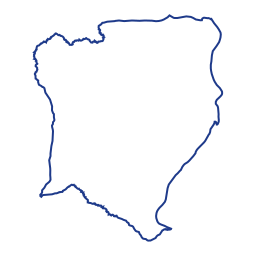 outline of Thala Barivat, Stœng Trêng, Cambodia
{"feature_id": "14789045B9277653142269", "entity_name": "Thala Barivat", "entity_type": "district", "adm_level": 2, "iso_a3": "KHM", "parent_name": "Cambodia", "parent_adm1": "Stœng Trêng", "projection": "albers", "projection_center": [105.709, 13.631], "detail": "fine", "context": "isolated", "style": "outline", "palette": "blue", "viewbox_px": 256, "rotation_deg": 0, "n_neighbors": 0, "source": "geoboundaries", "source_scale": "gbopen_adm2", "svg_char_len": 5550}
<svg xmlns="http://www.w3.org/2000/svg" viewBox="0 0 256 256"><path d="M41.3,196.8L42.5,195.3L43.5,195.0L52.1,194.3L55.2,193.3L56.5,193.3L57.9,192.9L58.6,192.4L59.1,192.4L59.5,192.1L60.0,192.2L60.5,192.0L62.4,191.9L62.8,191.3L62.9,190.8L65.6,189.4L67.7,187.2L68.3,187.0L68.9,186.4L69.4,186.5L70.5,185.4L71.8,184.7L73.1,185.2L73.7,184.9L73.8,185.2L74.6,185.3L74.8,185.5L74.9,186.1L75.7,186.4L75.6,187.1L76.4,187.5L77.5,188.6L78.0,188.8L78.9,188.7L79.1,189.2L80.0,190.0L81.0,190.3L81.4,191.2L81.8,191.2L81.7,191.5L81.1,191.5L81.0,191.9L82.4,192.3L83.3,192.4L82.9,193.1L83.0,193.7L84.0,194.1L84.1,194.3L84.1,194.7L83.6,195.2L83.6,195.6L84.6,196.5L84.7,197.1L85.6,197.2L85.4,197.9L85.6,198.2L87.8,199.9L87.9,200.6L87.7,201.3L88.2,202.0L87.9,202.5L89.2,202.9L90.6,203.0L92.5,203.8L93.6,203.8L94.1,203.7L94.1,203.4L94.8,203.3L95.2,203.7L94.9,204.0L95.0,204.3L95.9,204.9L97.1,204.9L97.8,205.5L98.3,204.9L98.6,205.0L99.0,205.7L99.4,205.8L100.9,205.5L101.5,206.0L101.7,206.6L101.5,207.0L101.8,207.1L101.9,206.9L102.5,207.3L103.0,207.0L102.7,208.1L102.9,208.3L104.4,208.3L105.7,208.8L106.5,209.6L106.7,210.5L106.2,211.1L106.8,212.0L107.4,211.8L108.0,211.9L108.4,212.3L108.6,212.9L108.6,214.5L109.3,214.1L110.1,214.4L110.5,215.1L111.3,215.5L112.2,214.7L112.9,214.8L113.1,215.1L113.9,215.6L114.0,216.2L115.2,216.4L116.1,215.7L116.6,215.7L117.4,217.2L118.3,217.8L121.7,218.9L123.7,219.9L126.1,220.7L126.9,222.0L128.1,222.9L128.4,222.9L128.8,223.7L129.0,224.9L129.5,225.3L132.3,226.1L133.1,226.7L134.3,229.0L135.7,230.9L136.9,231.5L137.9,231.7L139.0,232.1L139.3,233.2L139.8,234.2L140.8,235.3L141.8,237.4L143.2,238.7L145.9,239.1L147.3,240.3L148.2,240.6L150.6,240.5L155.6,238.0L156.5,236.5L157.6,235.4L159.8,234.4L162.4,230.4L163.2,230.1L164.1,229.4L165.3,229.1L166.4,229.2L166.2,229.6L167.7,229.9L168.4,229.6L169.8,229.6L170.9,229.2L171.1,228.7L167.0,227.1L164.5,225.8L161.0,224.5L159.1,223.6L158.0,222.4L157.4,221.4L156.3,218.1L156.1,216.0L156.5,213.1L157.1,211.3L158.1,209.6L159.4,207.9L162.4,204.9L164.9,201.8L165.8,199.4L167.6,188.2L168.8,184.5L175.7,175.1L177.7,173.3L180.1,170.6L180.8,170.1L182.4,166.8L183.8,164.9L184.7,164.0L187.6,162.2L189.4,160.5L193.4,156.0L195.5,153.2L195.7,152.0L196.5,150.4L197.8,148.7L204.1,142.3L205.2,140.9L208.8,134.5L209.4,133.9L210.1,132.0L210.5,129.2L213.4,125.0L214.4,123.2L214.6,121.7L215.1,121.6L215.9,122.0L216.2,122.5L216.7,124.5L217.2,124.5L217.8,123.9L218.7,121.7L218.8,119.9L218.5,116.8L218.6,114.2L218.1,108.1L217.7,106.3L215.8,103.8L215.8,101.8L216.8,99.8L220.4,96.4L221.7,94.8L222.1,93.8L222.1,92.0L221.9,91.3L219.9,88.1L216.8,85.0L214.7,81.7L213.7,79.6L211.8,74.1L211.1,70.8L210.8,68.4L210.8,64.8L211.4,61.3L211.9,55.4L212.8,51.1L216.5,46.1L219.1,42.1L219.9,39.7L220.5,37.4L220.8,34.4L220.5,32.5L218.8,29.4L217.2,27.0L214.1,23.2L211.4,19.0L211.0,19.3L210.1,18.7L208.5,18.1L207.7,18.2L204.0,17.7L203.2,18.0L202.3,18.6L202.1,19.1L201.9,20.2L200.5,20.3L195.9,19.5L193.1,17.9L190.8,16.9L186.3,16.4L177.4,18.0L174.6,18.0L173.6,17.8L169.5,15.4L167.6,17.3L163.8,19.5L161.6,20.4L158.8,21.0L156.0,21.2L152.0,20.7L144.8,20.5L139.5,20.8L132.0,20.5L124.2,21.1L119.0,20.5L115.3,20.9L114.8,21.1L107.2,21.7L103.8,22.7L102.4,22.8L101.9,23.3L101.2,24.4L100.4,24.6L100.0,25.2L99.0,25.6L98.7,25.9L98.6,27.9L99.2,28.8L98.8,29.5L99.1,29.7L99.8,29.7L100.1,30.0L100.1,30.9L99.6,31.5L99.5,32.9L100.1,33.2L100.5,33.0L100.9,33.2L100.6,34.2L100.7,34.4L102.0,35.2L102.9,34.6L103.6,35.5L103.7,36.0L103.3,37.0L103.9,37.3L103.0,37.9L103.6,38.7L103.4,39.5L102.7,40.9L101.9,41.2L101.1,41.1L99.8,41.6L98.7,41.5L98.4,41.6L97.7,42.7L97.3,42.9L97.0,42.9L96.4,42.0L94.8,40.8L94.7,41.8L93.8,41.4L92.9,41.8L92.5,42.6L91.1,42.5L89.6,40.7L89.4,39.8L88.3,39.3L87.4,39.2L86.2,38.1L85.9,38.2L85.0,39.0L84.3,39.1L83.6,38.8L83.3,38.9L83.1,39.5L82.6,40.0L81.2,40.6L80.5,40.6L79.3,39.6L79.1,40.4L78.6,40.7L77.4,40.3L76.9,40.3L76.2,40.8L75.3,40.5L74.9,40.7L74.2,41.8L73.8,41.7L73.1,42.0L72.8,43.0L72.4,43.3L72.7,44.4L71.8,44.9L69.6,44.8L69.4,44.5L69.1,43.3L68.3,43.0L67.9,42.2L67.3,42.5L66.7,42.1L67.2,41.8L66.7,41.0L66.3,41.0L66.1,40.8L66.1,40.3L65.7,39.8L65.4,39.7L64.6,39.9L64.3,39.7L63.9,38.8L64.0,38.3L63.6,37.5L62.6,36.5L61.3,35.9L60.6,35.9L59.6,34.9L58.9,35.2L58.3,35.1L57.3,34.2L55.9,33.4L55.5,33.5L55.1,34.2L54.5,34.4L53.9,35.3L52.9,36.0L52.4,36.2L52.1,36.6L51.5,36.9L51.2,37.4L50.9,37.2L50.4,37.9L50.5,38.4L50.3,38.8L49.6,39.1L49.0,39.0L48.1,39.5L47.8,39.2L47.6,39.6L47.2,39.7L47.2,40.5L46.6,40.6L46.1,42.3L45.6,41.8L45.1,42.0L44.2,41.6L44.1,41.8L43.7,41.7L43.4,42.3L42.7,42.5L41.5,43.6L41.1,43.4L40.8,43.5L39.4,45.2L38.8,45.5L38.3,45.5L37.0,46.3L36.5,48.2L36.6,48.8L36.2,49.3L36.5,49.7L35.7,50.4L35.6,51.0L35.3,51.1L35.3,51.4L34.9,51.9L34.5,51.9L34.2,52.2L34.9,52.4L34.5,53.4L34.8,53.7L34.5,54.2L34.1,54.3L34.0,54.5L34.2,55.3L33.9,56.1L34.3,56.6L34.4,58.3L34.7,58.2L35.0,58.5L34.4,59.0L35.6,59.4L36.2,60.2L35.9,61.0L36.5,61.2L36.4,62.0L36.7,63.0L37.2,63.6L37.0,63.8L37.1,64.0L35.8,65.0L35.6,66.1L36.3,66.8L37.2,68.0L37.1,69.0L37.4,69.7L36.9,70.5L36.6,71.6L36.2,71.7L35.6,72.2L35.7,72.7L34.9,73.5L34.9,74.5L35.5,75.4L35.6,78.6L36.5,79.1L36.8,79.6L38.2,80.5L38.1,82.0L38.9,84.7L41.5,86.1L42.4,87.0L43.4,87.2L44.4,88.2L45.4,92.6L50.0,99.5L52.1,106.3L52.0,110.3L53.0,113.0L53.9,114.1L53.9,117.1L54.4,120.0L54.1,120.8L53.0,122.2L52.9,124.1L52.0,125.5L52.1,126.9L52.8,129.7L53.0,131.2L52.5,141.0L51.4,146.0L50.5,153.4L50.5,156.1L49.2,160.2L50.2,168.1L50.3,170.1L50.2,175.1L50.4,177.5L50.5,179.8L49.7,181.3L49.1,182.0L46.1,184.5L44.4,187.7L42.1,190.3L42.1,192.5L41.4,193.6L40.3,194.7L40.4,196.1L41.3,196.8Z" fill="none" stroke="#1e3a8a" stroke-width="2"/></svg>